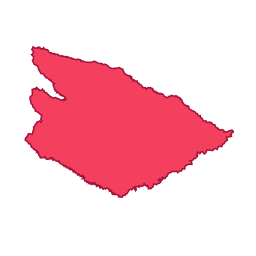 Gaúcha do Norte, Mato Grosso, Brazil (orthographic projection), rotated 97°
{"feature_id": "56859067B19542513591026", "entity_name": "Gaúcha do Norte", "entity_type": "district", "adm_level": 2, "iso_a3": "BRA", "parent_name": "Brazil", "parent_adm1": "Mato Grosso", "projection": "orthographic", "projection_center": [-53.491, -12.873], "detail": "fine", "context": "isolated", "style": "filled", "palette": "rose", "viewbox_px": 256, "rotation_deg": 97, "n_neighbors": 0, "source": "geoboundaries", "source_scale": "gbopen_adm2", "svg_char_len": 5852}
<svg xmlns="http://www.w3.org/2000/svg" viewBox="0 0 256 256"><g transform="rotate(97 128 128)"><path d="M166.2,213.0L167.0,211.8L167.5,211.8L167.5,211.2L168.3,211.1L167.6,208.2L166.6,206.9L167.9,206.6L168.1,205.7L169.0,205.1L168.3,202.2L167.5,201.7L168.0,200.8L166.9,200.7L166.7,199.4L167.4,199.6L169.2,198.5L168.1,197.3L169.3,196.0L169.6,194.4L169.2,193.2L170.2,192.6L169.7,192.1L171.7,190.9L171.9,189.2L172.7,188.5L172.4,187.9L173.6,186.9L173.0,186.8L172.8,186.0L174.2,184.9L173.6,184.2L175.1,183.4L174.5,182.4L175.9,181.2L175.1,180.5L176.3,180.4L176.3,179.0L175.7,178.9L175.9,178.2L177.0,177.7L176.7,176.6L177.8,176.2L177.9,177.0L178.3,176.9L178.0,175.0L178.9,174.8L179.4,173.1L180.8,172.2L180.7,171.5L179.9,171.3L180.1,170.8L179.5,170.8L180.8,170.2L181.2,169.3L181.7,169.4L181.3,168.4L182.1,167.8L180.7,167.1L182.3,165.8L182.3,165.3L183.7,166.8L183.5,165.7L186.0,164.2L185.9,162.2L187.0,162.1L186.2,160.1L187.0,159.6L187.9,160.1L187.7,158.7L188.3,158.0L187.8,157.2L188.4,156.9L187.5,156.1L186.8,156.9L186.6,153.9L187.7,153.7L187.7,154.7L188.1,154.7L188.0,152.6L189.2,152.3L188.3,151.2L189.5,151.4L188.7,149.6L189.6,149.1L189.0,148.5L190.0,147.9L190.7,148.6L191.0,148.3L189.8,146.8L191.8,145.3L191.1,144.6L190.8,143.7L191.3,142.9L190.4,142.3L190.3,140.7L191.4,139.8L191.5,138.7L192.9,138.7L192.1,137.5L193.0,137.4L193.3,136.7L194.6,136.0L193.8,135.3L194.6,134.8L194.6,134.0L195.6,135.2L195.8,134.8L195.4,131.1L196.2,128.7L197.4,128.9L197.4,125.4L195.6,124.8L195.2,122.8L193.8,122.3L193.6,121.2L189.0,119.0L188.6,118.2L188.9,116.9L188.3,116.1L186.5,115.8L186.4,115.0L189.3,112.8L188.0,112.2L185.4,113.7L185.0,111.3L185.3,109.7L184.2,110.3L183.8,109.6L184.2,106.8L182.5,104.9L181.6,105.5L181.2,105.2L183.0,103.6L182.7,101.9L183.7,102.0L183.9,100.8L185.9,100.3L185.1,98.9L185.5,98.0L183.2,96.0L180.4,95.7L180.8,92.7L179.8,92.1L179.0,90.2L177.7,88.9L176.5,88.9L176.1,91.4L175.3,91.4L174.8,90.4L175.6,88.4L175.3,87.6L174.7,87.4L173.3,88.3L172.8,88.0L172.9,86.9L173.8,86.0L173.5,85.0L172.2,84.7L171.5,83.6L167.8,82.3L167.2,80.4L165.6,78.8L165.7,76.6L164.9,74.6L166.3,73.2L164.1,71.2L164.2,69.7L161.6,69.1L162.0,67.2L161.6,66.6L159.6,66.9L157.6,65.3L156.4,62.4L156.4,60.2L154.2,60.6L153.0,62.3L152.1,59.9L150.5,58.9L150.2,57.7L148.3,56.0L146.8,55.5L146.3,56.7L145.5,56.1L143.5,56.0L143.5,55.3L144.8,53.8L144.3,53.1L142.8,52.5L142.4,51.5L144.5,49.0L143.6,48.0L140.4,47.0L140.0,45.2L140.1,41.4L139.6,40.7L138.3,40.3L137.7,39.2L138.4,36.8L135.8,36.2L135.1,35.5L135.2,33.0L134.3,32.3L132.7,32.4L132.0,30.9L129.3,29.7L128.2,28.0L127.3,27.9L126.2,29.0L125.3,29.1L123.7,24.3L121.9,25.1L121.0,24.4L119.9,24.3L119.2,23.0L118.6,23.2L117.6,23.9L117.6,25.3L119.8,29.4L120.2,32.2L118.8,32.5L118.4,33.3L118.2,34.7L118.8,36.2L118.0,38.4L117.3,38.5L116.9,40.6L114.1,42.3L114.2,44.4L112.4,45.9L112.8,46.2L112.2,47.7L112.9,50.6L112.4,51.5L111.4,51.5L111.9,53.4L111.6,54.2L109.4,55.7L108.3,57.6L107.0,57.7L107.3,58.4L106.3,60.7L105.2,61.1L105.2,62.6L104.2,63.1L103.3,64.6L103.3,65.5L101.9,68.9L100.7,70.2L99.6,70.1L99.1,70.7L98.7,71.5L99.3,72.5L98.4,73.3L97.9,75.3L96.6,76.0L96.1,77.2L94.9,77.2L94.1,78.2L93.0,78.3L92.8,79.8L92.1,79.8L91.3,81.4L91.5,82.5L90.4,83.2L90.3,85.0L90.9,85.4L90.4,89.3L91.6,89.8L91.7,91.7L92.9,92.3L93.1,93.5L91.8,96.3L90.6,97.0L89.7,99.0L90.2,99.8L90.2,101.0L89.8,100.9L90.2,102.6L89.6,102.6L89.0,103.7L89.6,104.3L88.4,104.9L88.8,106.3L88.3,106.2L87.7,108.0L86.7,107.7L85.6,109.0L85.9,110.4L85.2,110.6L85.6,113.3L87.0,114.2L86.5,114.3L86.5,115.7L85.9,115.8L86.2,117.7L85.6,118.1L85.6,119.0L84.3,119.5L83.6,120.4L83.1,122.5L82.3,122.6L82.5,123.6L80.2,124.7L80.7,126.2L79.5,127.8L80.3,128.5L79.8,128.5L78.4,130.7L78.3,130.1L76.7,130.8L77.0,131.6L75.7,132.6L76.2,134.1L75.6,135.0L75.3,137.0L74.8,136.9L73.6,138.7L72.2,139.2L71.7,140.1L70.3,140.3L70.1,142.2L69.0,143.8L69.9,145.6L70.1,148.2L70.8,148.4L70.8,151.9L70.0,154.3L68.5,155.8L67.8,157.5L67.5,158.9L68.2,160.6L67.2,161.8L67.4,165.0L65.8,169.6L66.8,171.3L67.7,174.9L67.7,178.7L67.0,181.2L67.7,182.3L67.2,182.9L66.7,182.7L65.8,184.2L66.1,185.3L65.7,186.3L66.4,187.2L66.5,188.7L65.8,191.3L66.2,191.7L65.4,192.8L65.7,193.7L64.6,196.5L65.2,197.2L64.7,197.9L65.1,198.3L64.7,199.0L65.0,200.6L64.4,201.4L65.0,202.3L64.4,202.7L64.8,203.6L64.3,205.7L63.4,206.6L63.9,209.3L62.9,210.0L63.5,211.7L63.1,212.5L63.4,213.1L62.7,213.4L62.7,215.4L60.2,217.2L60.2,219.5L58.6,221.5L59.7,221.7L60.1,222.6L59.6,223.2L60.1,223.9L59.9,224.8L58.7,225.3L58.7,225.9L59.4,225.6L58.9,227.3L59.9,227.7L59.7,228.9L60.2,230.0L59.0,232.1L61.9,233.0L63.8,231.0L66.5,231.8L67.0,232.7L68.8,230.4L71.4,230.3L72.6,231.1L76.2,228.9L77.5,225.1L81.0,223.7L84.6,221.0L84.4,219.0L87.3,216.3L87.3,215.8L87.9,215.8L88.6,213.4L90.0,211.8L89.9,210.1L90.9,210.1L91.9,208.2L92.8,207.8L93.0,206.7L93.6,207.4L95.1,207.4L97.2,206.0L98.5,205.8L98.6,205.0L100.2,204.7L99.9,203.4L100.4,202.8L101.6,203.0L101.3,202.4L102.1,200.5L102.9,200.0L102.6,199.1L103.6,199.0L104.2,197.2L103.7,197.1L104.5,195.0L105.2,194.8L105.3,193.9L106.6,193.7L107.1,193.0L107.7,194.1L107.2,194.7L108.5,195.1L107.6,195.7L108.5,197.6L107.2,201.3L107.5,202.1L106.5,203.5L107.4,206.0L105.8,209.7L102.8,213.6L102.7,215.4L101.1,215.9L100.6,217.1L99.8,217.6L101.0,218.5L101.5,221.0L100.6,221.1L98.9,223.7L99.5,224.2L100.3,223.8L100.7,224.6L100.4,225.7L101.5,227.8L106.1,227.0L107.8,227.4L108.6,228.7L110.5,229.0L115.7,227.0L117.1,225.3L118.5,225.1L120.5,222.6L122.4,222.1L123.5,218.9L125.7,216.0L125.6,215.1L130.4,215.6L131.3,214.5L132.9,215.1L131.8,216.6L133.5,219.3L134.9,219.4L135.5,220.4L137.5,220.8L138.6,221.8L141.6,221.4L142.4,221.9L145.3,222.1L145.9,222.6L145.6,225.5L146.2,226.3L148.0,226.7L150.9,228.6L152.7,228.4L153.6,226.2L155.8,224.5L155.4,223.3L158.9,221.4L159.2,219.8L160.6,219.2L160.5,218.1L161.5,217.3L161.2,216.8L162.2,216.0L162.1,215.2L163.0,215.5L162.6,214.8L164.2,214.2L164.0,213.7L166.2,213.0Z" fill="#f43f5e" stroke="#9f1239" stroke-width="1.5"/></g></svg>